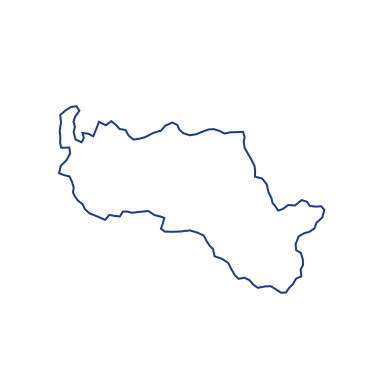 outline of Ewbank da Câmara, Minas Gerais, Brazil, rotated 240°
{"feature_id": "56859067B96490156816803", "entity_name": "Ewbank da Câmara", "entity_type": "district", "adm_level": 2, "iso_a3": "BRA", "parent_name": "Brazil", "parent_adm1": "Minas Gerais", "projection": "orthographic", "projection_center": [-43.556, -21.576], "detail": "fine", "context": "isolated", "style": "outline", "palette": "blue", "viewbox_px": 384, "rotation_deg": 240, "n_neighbors": 0, "source": "geoboundaries", "source_scale": "gbopen_adm2", "svg_char_len": 1845}
<svg xmlns="http://www.w3.org/2000/svg" viewBox="0 0 384 384"><g transform="rotate(240 192 192)"><path d="M324.6,116.4L318.0,113.5L311.1,108.0L304.9,105.2L300.3,102.2L295.7,100.9L291.8,108.0L286.3,105.7L282.4,99.4L280.2,91.3L274.7,86.3L270.5,89.7L266.7,93.7L261.1,93.2L255.0,91.8L251.2,88.7L246.5,88.4L241.6,88.9L236.0,91.2L230.9,90.7L224.7,92.6L217.1,98.6L211.3,102.8L213.5,109.0L209.7,113.4L206.9,117.3L209.6,122.3L207.2,126.5L204.0,129.6L201.4,135.8L197.3,144.8L190.8,147.9L186.9,152.0L183.4,155.1L179.4,151.0L175.8,146.8L171.3,148.6L167.0,155.7L163.1,163.2L159.9,170.8L154.0,176.5L148.4,180.4L141.8,180.1L136.7,180.4L131.9,181.7L125.1,179.4L119.0,184.6L112.5,187.9L105.6,187.5L98.4,187.5L93.5,188.9L91.6,194.5L87.0,197.7L81.2,198.7L76.1,201.1L73.7,208.1L71.1,213.0L66.0,215.9L60.3,218.7L57.9,222.9L60.3,227.9L61.8,233.4L65.0,239.0L64.3,244.5L70.8,247.5L73.2,251.6L78.3,254.3L84.9,255.8L89.4,253.1L95.0,255.6L100.2,262.1L100.2,268.5L98.9,273.5L99.2,279.7L103.1,284.4L104.8,292.2L110.4,297.7L115.1,296.7L117.4,291.9L121.0,287.1L126.0,286.7L130.2,282.9L128.8,274.5L132.6,268.8L131.9,262.0L132.8,257.3L137.5,257.1L142.3,256.3L147.2,257.8L153.7,258.1L161.2,260.6L168.7,259.4L173.8,254.2L178.9,257.3L183.1,259.1L189.3,259.6L196.7,259.6L204.1,259.7L209.9,262.1L213.3,265.1L218.6,266.2L221.8,260.2L224.7,254.6L226.3,249.5L231.5,246.1L235.8,242.0L238.0,237.2L239.1,230.7L239.9,224.7L242.2,218.5L247.3,213.8L252.6,212.2L257.4,212.8L262.0,209.7L262.8,202.0L260.6,195.9L262.5,188.2L262.9,178.9L264.4,173.2L266.6,167.6L272.5,165.3L279.0,165.4L282.8,160.8L288.4,159.6L293.7,157.5L292.8,150.8L299.3,146.5L295.0,141.3L289.6,134.3L294.2,131.4L297.9,126.7L293.0,125.4L290.2,121.3L295.7,117.4L303.2,119.5L306.9,123.2L312.0,124.4L315.6,128.3L318.7,135.1L324.1,134.8L326.1,129.7L326.0,123.7L324.6,116.4Z" fill="none" stroke="#1e3a8a" stroke-width="2"/></g></svg>